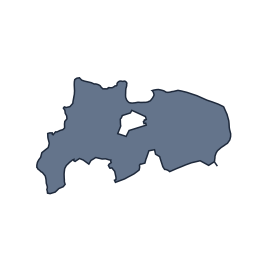 the district of As Sabrah, Ibb, Yemen, rotated 253°
{"feature_id": "15242507B42935945407521", "entity_name": "As Sabrah", "entity_type": "district", "adm_level": 2, "iso_a3": "YEM", "parent_name": "Yemen", "parent_adm1": "Ibb", "projection": "robinson", "projection_center": [44.337, 13.842], "detail": "fine", "context": "isolated", "style": "filled", "palette": "slate", "viewbox_px": 256, "rotation_deg": 253, "n_neighbors": 0, "source": "geoboundaries", "source_scale": "gbopen_adm2", "svg_char_len": 4712}
<svg xmlns="http://www.w3.org/2000/svg" viewBox="0 0 256 256"><g transform="rotate(253 128 128)"><path d="M82.0,99.8L79.7,100.1L80.3,109.9L81.2,114.2L81.7,117.0L82.4,120.4L83.7,124.1L84.6,126.4L87.1,127.7L89.1,128.1L89.9,129.3L89.6,130.0L89.5,133.9L92.9,136.0L94.4,137.2L98.4,140.1L100.1,141.3L99.5,147.0L97.4,146.9L94.9,146.7L91.4,149.9L86.6,149.9L82.0,150.0L80.8,150.0L77.7,150.9L77.3,152.0L76.7,152.8L75.8,153.9L74.9,154.6L74.1,155.1L75.0,162.7L75.5,168.6L75.9,172.5L76.2,178.6L75.6,187.4L74.0,189.0L68.7,194.2L70.5,200.6L70.4,200.7L71.4,201.3L71.7,201.3L73.8,202.3L75.7,203.0L78.3,204.9L80.1,206.9L81.9,210.9L82.0,211.0L83.3,215.3L83.8,216.7L84.2,218.2L84.3,218.6L86.8,221.8L89.7,223.6L92.5,224.5L96.8,224.7L98.3,224.9L98.9,225.0L99.8,225.2L102.6,225.9L105.1,226.4L106.0,226.5L109.2,226.6L109.3,226.6L109.9,226.6L112.3,226.7L112.5,226.6L120.1,225.7L120.9,225.1L124.5,221.2L128.3,216.2L131.5,211.7L138.8,203.3L144.9,194.7L147.7,190.0L149.4,186.8L149.7,182.0L150.0,180.6L150.0,179.0L150.2,177.6L150.5,176.3L151.2,174.8L151.8,174.3L152.5,173.7L153.1,173.1L153.5,172.5L153.9,171.9L154.3,171.2L154.8,170.5L155.1,169.8L155.5,169.1L155.9,168.4L156.1,167.5L156.3,166.8L156.4,166.0L156.5,165.2L156.6,164.5L156.7,163.7L156.7,162.8L156.7,162.0L156.3,162.3L154.6,162.7L153.7,162.7L152.2,162.6L151.4,162.2L150.3,161.1L149.2,159.9L148.5,158.8L147.7,157.7L147.3,156.5L147.3,155.4L147.2,155.3L147.1,154.5L147.2,153.6L147.3,152.7L147.5,151.9L147.7,151.2L148.0,150.4L148.1,149.6L148.4,148.9L148.5,148.5L148.5,148.1L148.8,147.4L149.1,146.7L149.4,145.9L149.7,145.1L149.8,144.3L149.9,143.4L150.0,142.5L150.1,141.7L150.3,141.0L150.4,140.2L150.6,139.3L150.9,138.6L151.2,137.8L151.6,137.2L152.0,136.5L152.7,136.0L153.4,135.6L154.1,135.3L154.8,135.0L155.6,134.9L156.4,134.8L157.0,134.8L157.7,134.7L158.4,134.8L159.1,135.0L159.9,135.2L160.6,135.4L161.4,135.7L162.2,136.0L162.9,136.2L163.7,136.5L164.4,136.7L165.1,137.0L165.8,137.3L166.5,137.6L167.2,138.1L167.8,138.5L168.5,138.9L169.1,139.2L169.8,139.4L170.1,139.4L170.3,139.6L170.8,139.9L171.5,140.0L172.3,139.8L172.9,139.4L173.5,139.0L173.9,138.3L174.0,137.6L174.0,136.8L174.3,136.2L174.7,135.5L175.0,134.8L175.2,134.0L175.2,133.3L175.1,132.8L174.8,132.0L174.5,131.3L173.9,130.7L173.5,130.4L173.1,130.3L172.5,130.1L172.2,129.9L171.9,129.6L171.8,129.4L171.8,129.0L171.9,128.6L172.0,128.1L172.0,127.9L172.0,127.6L171.6,127.0L171.5,126.1L171.2,125.3L171.2,124.5L171.4,123.8L171.6,123.1L171.9,122.2L172.3,121.6L172.2,120.9L172.2,120.7L171.9,120.6L171.6,120.3L171.6,119.1L171.9,118.4L172.8,115.4L173.4,115.1L174.1,114.7L174.7,114.3L175.4,114.1L176.1,113.9L176.7,113.6L177.3,113.1L177.8,112.6L178.4,111.9L178.8,111.3L179.2,110.7L179.6,109.9L179.8,109.2L180.0,108.5L182.1,106.1L184.3,102.3L185.5,100.2L187.3,97.7L189.8,96.4L190.2,96.3L190.3,95.6L190.4,94.8L190.6,93.9L190.5,93.4L190.3,92.5L189.8,91.2L187.9,90.2L185.6,89.4L184.6,89.1L179.0,87.7L177.2,87.0L176.0,86.6L174.7,85.9L169.5,83.2L167.7,82.4L165.4,78.7L165.7,74.5L166.7,73.7L166.7,73.1L165.9,72.0L163.4,72.8L160.4,72.3L157.6,72.9L154.6,72.3L152.8,69.5L150.3,68.4L148.0,67.8L146.5,67.3L145.5,65.3L145.5,62.2L145.0,59.0L145.3,58.2L145.5,57.8L145.4,57.4L145.2,57.1L144.3,55.7L144.2,55.5L143.4,54.4L144.2,53.8L145.5,54.1L146.2,51.8L146.2,49.6L142.7,48.7L141.5,48.5L137.1,48.3L136.1,48.1L132.6,46.0L131.8,44.0L131.2,42.4L129.6,38.4L125.5,35.9L123.6,33.3L121.7,31.4L119.2,30.0L117.0,29.3L116.6,29.6L115.9,29.7L115.2,29.8L113.5,31.0L111.4,32.2L110.6,33.1L108.9,33.8L106.4,34.8L104.3,34.7L102.6,34.5L101.6,34.3L99.0,33.7L96.1,33.7L95.0,33.6L94.4,33.3L94.0,33.2L93.5,32.8L92.9,32.4L90.7,32.3L90.0,32.3L89.7,32.0L89.2,32.0L88.0,34.3L88.0,39.6L88.9,41.5L90.3,44.1L90.8,48.9L92.5,51.4L95.1,51.4L97.1,52.0L99.3,52.5L102.6,53.4L104.6,54.2L107.7,55.6L108.9,56.8L110.2,58.1L111.4,60.5L112.2,62.0L113.7,65.7L113.8,67.1L112.6,66.6L111.5,67.6L113.0,72.7L111.7,74.3L110.5,75.8L109.6,76.5L107.7,77.9L106.0,79.2L104.9,80.0L106.3,81.5L107.8,83.1L108.5,85.9L109.2,88.5L108.3,90.1L107.3,91.8L105.9,94.2L105.1,97.5L103.1,100.6L102.3,102.1L102.1,101.8L99.8,101.8L99.0,99.5L98.0,98.3L96.1,98.6L94.8,99.0L94.6,100.9L90.4,102.6L84.3,102.1L82.2,101.4L82.0,99.8ZM125.4,146.3L125.3,128.3L123.0,126.1L120.9,124.1L120.5,123.7L121.9,121.8L124.3,118.4L125.6,116.5L132.1,121.7L132.8,121.7L135.3,122.3L137.1,122.8L138.4,123.1L139.0,123.5L139.4,124.2L139.7,124.7L140.4,125.2L141.0,125.8L141.6,126.1L141.7,134.7L143.8,136.8L141.5,139.4L139.2,142.0L137.7,143.7L134.0,147.8L133.9,148.0L130.8,148.0L130.7,147.1L130.8,146.8L130.9,146.2L130.8,145.9L130.7,145.9L130.6,146.2L130.5,146.3L130.1,145.7L129.6,144.6L127.5,144.6L127.5,145.0L127.4,146.3L125.4,146.3ZM70.4,200.7L66.7,201.9L66.0,202.1L65.4,202.3L70.4,200.7Z" fill="#64748b" stroke="#1e293b" stroke-width="1.5"/></g></svg>